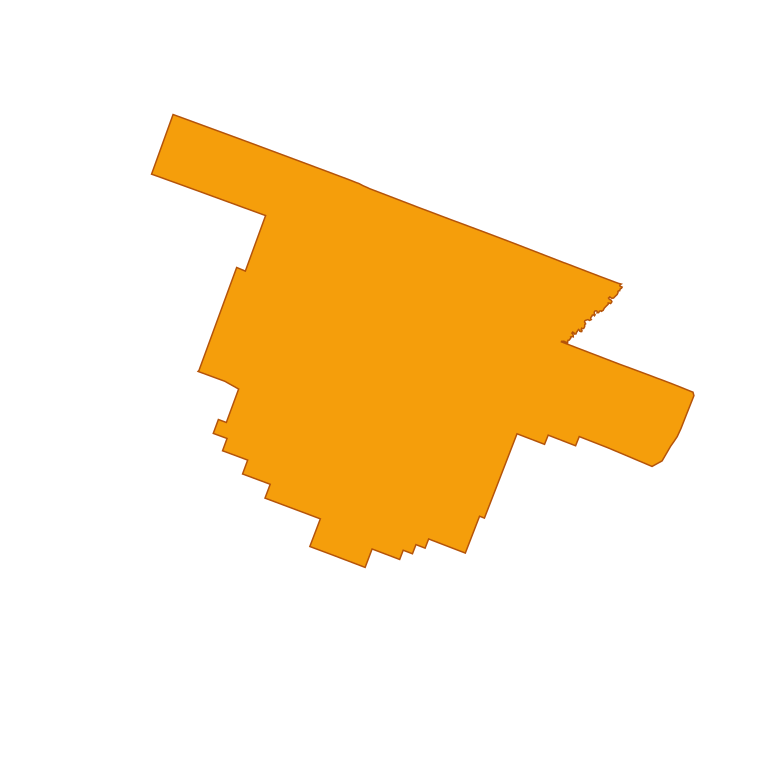 Big Horn, Montana, United States of America (orthographic projection), rotated 201°
{"feature_id": "52423323B41893825317472", "entity_name": "Big Horn", "entity_type": "district", "adm_level": 2, "iso_a3": "USA", "parent_name": "United States of America", "parent_adm1": "Montana", "projection": "orthographic", "projection_center": [-107.953, 45.519], "detail": "fine", "context": "isolated", "style": "filled", "palette": "amber", "viewbox_px": 768, "rotation_deg": 201, "n_neighbors": 0, "source": "geoboundaries", "source_scale": "gbopen_adm2", "svg_char_len": 2297}
<svg xmlns="http://www.w3.org/2000/svg" viewBox="0 0 768 768"><g transform="rotate(201 384 384)"><path d="M672.4,496.7L643.7,497.3L554.9,498.8L553.9,439.7L563.3,440.0L561.6,330.4L562.1,329.1L533.7,329.5L517.9,327.2L517.4,291.6L525.9,291.5L525.7,276.7L511.0,276.9L510.8,263.8L484.0,264.1L483.8,249.3L454.3,249.6L454.2,234.8L395.1,235.3L395.0,205.7L374.5,205.9L335.9,206.0L336.0,225.7L306.5,225.8L306.5,235.7L296.6,235.7L296.6,245.5L286.8,245.5L286.8,255.3L247.5,255.3L247.4,294.8L242.2,294.8L242.1,329.7L242.0,385.2L212.5,385.2L212.4,395.1L183.0,395.0L182.9,404.9L152.1,404.7L104.3,403.1L104.2,403.1L102.7,404.9L96.8,411.9L94.1,428.7L92.8,433.8L91.4,439.9L90.8,448.8L90.7,462.9L90.5,481.6L90.5,484.2L92.6,487.1L94.2,487.1L100.1,487.2L114.2,487.4L126.4,487.4L130.5,487.3L137.6,487.3L147.0,487.2L158.2,487.1L170.6,486.9L180.9,486.9L188.8,486.9L203.5,486.9L217.2,486.9L227.8,486.9L233.5,486.9L233.5,487.5L231.4,488.4L229.2,488.3L227.4,488.4L227.6,489.0L227.9,490.7L226.7,491.5L226.1,494.1L226.6,494.8L224.9,495.9L224.2,495.9L224.6,496.9L225.7,498.4L226.8,498.8L226.5,500.1L225.2,500.0L224.0,498.9L222.7,499.6L222.8,500.9L222.2,503.5L222.0,504.6L220.7,504.2L220.1,503.4L219.0,503.4L218.2,503.8L218.3,504.9L219.4,505.6L219.5,506.9L218.4,506.9L217.5,507.4L217.2,509.4L217.9,511.5L217.3,512.4L218.3,513.3L219.0,513.7L219.2,514.9L218.6,515.7L216.7,517.2L214.9,517.0L213.6,518.4L214.2,518.7L214.8,520.1L214.2,521.7L214.3,522.8L213.1,523.7L212.0,523.1L211.7,524.3L212.7,524.8L213.5,526.6L213.1,527.9L211.7,528.5L210.5,527.6L210.6,526.9L209.2,527.5L208.9,529.2L207.6,530.1L207.0,529.8L205.8,531.3L205.5,533.8L204.5,536.2L203.3,538.8L203.7,540.0L202.4,540.3L201.3,540.3L200.8,541.6L200.8,542.7L202.2,543.7L203.9,543.8L205.2,544.7L204.4,546.3L203.6,545.9L202.0,545.7L200.5,546.5L199.5,548.8L198.4,551.1L198.3,553.3L198.8,554.3L198.1,555.3L197.4,555.5L197.5,556.4L197.5,557.5L196.6,558.5L196.4,559.8L197.4,559.9L198.5,559.8L199.2,560.6L199.0,561.5L198.4,562.3L201.1,562.0L205.8,561.9L222.5,561.8L258.4,561.8L259.2,561.7L279.9,561.8L318.7,561.9L353.0,561.7L362.7,561.6L381.1,561.4L415.1,561.2L467.5,561.2L469.6,561.4L474.4,561.6L479.4,562.2L481.8,562.1L487.6,562.2L502.9,562.1L525.7,561.9L526.7,561.9L604.4,561.1L677.5,560.0L676.2,496.6L672.4,496.7Z" fill="#f59e0b" stroke="#b45309" stroke-width="1.5"/></g></svg>